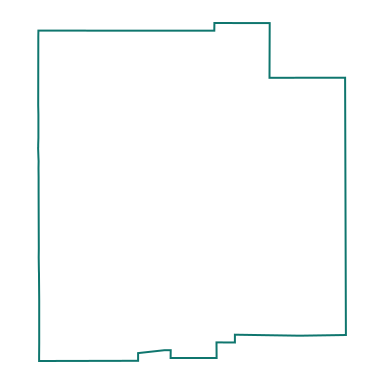 Kootenai, Idaho, United States of America (Robinson projection)
{"feature_id": "52423323B63965219739114", "entity_name": "Kootenai", "entity_type": "district", "adm_level": 2, "iso_a3": "USA", "parent_name": "United States of America", "parent_adm1": "Idaho", "projection": "robinson", "projection_center": [-116.9, 47.679], "detail": "fine", "context": "isolated", "style": "outline", "palette": "teal", "viewbox_px": 384, "rotation_deg": 0, "n_neighbors": 0, "source": "geoboundaries", "source_scale": "gbopen_adm2", "svg_char_len": 684}
<svg xmlns="http://www.w3.org/2000/svg" viewBox="0 0 384 384"><path d="M38.4,30.6L38.3,36.6L38.3,40.9L38.2,105.4L38.4,114.4L38.4,138.0L38.2,144.6L38.2,145.5L38.2,147.4L38.1,147.6L38.4,156.2L38.4,156.7L38.6,161.1L38.6,161.5L38.5,168.3L38.6,177.1L38.6,189.6L38.6,191.3L38.6,192.3L38.7,221.8L38.8,248.5L38.7,257.0L38.9,270.8L39.0,273.7L39.0,276.5L39.2,300.6L39.2,308.4L39.2,323.8L39.2,335.9L39.2,343.1L39.1,356.2L39.1,361.0L138.1,360.8L138.1,353.1L164.5,350.2L170.7,350.2L170.6,358.0L216.6,358.0L216.5,342.4L234.9,342.5L234.9,334.7L299.8,335.7L345.9,335.0L345.1,77.7L269.5,77.8L269.7,23.1L214.4,23.0L214.3,30.7L186.3,30.7L38.4,30.6Z" fill="none" stroke="#0f766e" stroke-width="2"/></svg>